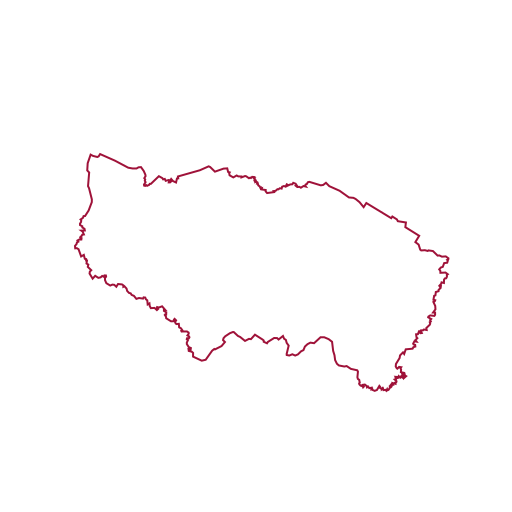 outline of Khlong Hoi Khong, Songkhla, Thailand, rotated 39°
{"feature_id": "78962969B91518300065155", "entity_name": "Khlong Hoi Khong", "entity_type": "district", "adm_level": 2, "iso_a3": "THA", "parent_name": "Thailand", "parent_adm1": "Songkhla", "projection": "orthographic", "projection_center": [100.352, 6.859], "detail": "fine", "context": "isolated", "style": "outline", "palette": "rose", "viewbox_px": 512, "rotation_deg": 39, "n_neighbors": 0, "source": "geoboundaries", "source_scale": "gbopen_adm2", "svg_char_len": 6142}
<svg xmlns="http://www.w3.org/2000/svg" viewBox="0 0 512 512"><g transform="rotate(39 256 256)"><path d="M70.7,274.9L71.0,277.6L70.4,278.9L66.3,280.8L63.7,281.3L66.8,289.8L71.0,295.7L73.8,296.1L81.5,307.4L83.6,308.4L92.8,315.3L94.5,317.5L97.3,326.0L98.0,332.5L96.9,333.5L97.5,335.3L96.7,338.0L97.6,338.1L98.6,339.6L98.9,341.7L99.8,342.7L102.3,342.2L103.1,343.1L105.6,342.8L106.9,343.9L104.3,346.2L105.9,346.1L108.7,347.6L107.6,348.8L107.9,350.6L107.5,351.4L107.8,352.4L108.6,352.7L109.3,352.1L109.9,353.1L108.1,354.7L107.5,356.3L108.9,356.7L108.3,358.2L109.0,359.5L109.0,362.1L110.7,363.8L111.8,362.7L113.8,362.4L120.4,366.4L121.5,363.5L124.7,365.9L125.9,365.3L126.8,366.4L127.5,365.9L129.0,368.5L131.1,368.2L132.1,370.3L136.9,370.7L136.7,372.7L137.7,374.4L143.3,376.4L143.5,372.6L147.2,372.2L148.7,370.4L149.0,368.3L150.5,368.0L150.4,366.5L151.6,365.6L152.5,366.4L152.5,368.2L153.9,369.8L156.8,371.3L161.3,370.7L162.4,368.6L164.0,367.6L166.8,367.8L166.4,364.6L169.8,362.4L171.4,362.3L172.3,363.4L172.8,362.3L175.9,362.8L177.8,364.2L180.6,364.6L182.1,363.9L183.8,364.5L186.2,363.8L190.0,364.6L191.5,362.3L195.0,360.2L194.7,358.9L196.1,358.0L197.6,358.9L199.4,358.9L202.3,361.8L203.0,359.9L204.8,361.7L207.1,362.7L209.8,360.2L213.0,360.4L213.2,359.0L211.8,359.0L211.3,357.9L212.9,357.2L214.7,354.2L219.2,355.0L218.2,355.6L219.0,356.6L221.7,356.2L223.0,358.0L222.2,358.5L222.2,359.2L224.2,359.8L225.4,360.9L231.1,360.2L233.5,358.1L232.3,357.2L232.3,356.1L234.4,356.3L234.7,358.3L236.1,359.0L237.1,358.9L238.7,357.3L241.2,359.8L243.2,359.4L245.3,360.0L245.0,361.2L245.7,361.5L249.8,358.1L251.8,357.9L252.6,358.7L252.7,360.9L254.7,360.6L255.5,361.2L255.6,362.3L254.2,363.2L254.5,364.2L256.1,364.3L256.7,366.8L257.7,368.0L261.1,369.1L263.3,368.5L264.0,369.7L262.1,370.8L263.5,372.1L266.3,370.8L268.1,370.9L270.4,373.8L279.7,371.5L282.2,368.3L281.5,357.2L282.1,354.5L282.9,354.4L285.9,347.7L286.0,342.4L283.3,342.1L282.5,340.3L282.6,337.8L284.3,332.4L285.9,329.6L286.6,329.1L292.3,329.5L294.6,328.9L300.9,328.9L302.7,324.8L304.4,323.8L304.7,317.8L313.6,316.8L315.1,316.8L316.0,317.8L319.5,316.9L319.3,315.3L321.7,308.3L324.1,306.5L326.1,306.7L327.3,301.2L329.9,302.6L332.0,302.4L334.5,304.2L337.8,305.1L341.5,312.9L342.2,313.6L344.5,312.4L346.1,309.5L349.1,308.7L350.5,306.1L351.0,301.7L352.1,299.3L351.0,295.6L351.5,292.1L352.8,289.1L356.0,287.2L357.3,278.5L360.2,276.2L364.8,274.9L369.1,274.8L375.7,281.2L379.4,283.7L383.0,287.1L386.7,288.8L389.3,288.9L394.2,286.3L395.7,284.5L400.8,284.0L406.6,281.1L408.0,281.7L411.1,286.4L412.5,287.4L414.1,287.3L416.3,289.1L416.3,290.1L417.1,290.7L418.9,290.9L421.1,290.1L421.9,290.6L422.0,289.6L420.1,288.9L421.5,287.4L423.5,287.4L424.9,288.2L425.1,286.9L427.2,287.4L428.7,285.6L429.5,286.9L429.9,286.1L430.6,286.8L433.1,286.1L434.3,284.0L433.6,279.3L434.6,279.5L434.7,280.5L436.7,280.4L437.1,279.4L437.7,280.3L438.0,279.0L439.5,280.0L440.9,278.5L442.0,278.7L441.7,277.0L442.7,277.6L443.2,276.7L443.0,274.1L442.4,273.5L443.4,273.1L443.5,272.1L443.1,271.4L441.9,271.9L441.9,270.1L443.1,270.4L443.7,269.7L442.2,268.7L444.7,267.6L443.8,266.9L444.5,266.0L444.0,264.9L441.6,264.7L442.3,263.8L441.1,262.8L442.1,262.7L442.8,261.7L441.2,261.6L442.8,260.5L442.5,259.5L444.6,259.7L444.5,258.2L446.1,258.4L445.8,256.7L446.9,256.6L447.8,257.7L448.3,254.9L446.2,255.2L445.9,254.2L445.0,254.0L444.3,256.0L443.1,255.1L443.5,254.2L441.7,255.1L440.1,252.8L438.8,252.3L438.8,251.1L437.0,252.1L436.8,254.6L436.1,254.7L434.1,253.9L432.7,251.8L431.8,244.9L430.5,242.6L430.9,238.4L432.8,238.9L431.1,234.3L436.0,229.5L435.7,227.8L436.8,226.1L435.6,224.9L434.2,225.6L433.3,225.2L432.8,222.6L434.7,221.5L432.8,221.0L433.1,218.3L431.8,218.1L429.7,216.1L431.0,214.8L430.2,212.3L432.4,212.5L433.3,211.5L431.6,210.7L430.7,211.3L430.9,210.1L432.6,208.6L432.7,207.5L435.2,206.1L433.7,204.8L434.3,200.0L433.9,198.9L432.7,198.1L433.1,196.9L431.7,196.3L431.8,194.7L428.4,195.3L428.1,194.6L428.8,192.5L432.3,190.3L432.2,189.0L430.8,187.3L429.2,188.5L429.0,184.5L426.7,182.0L422.8,180.1L423.4,178.7L423.1,177.6L421.4,178.3L419.5,174.8L420.2,173.7L418.4,170.8L420.0,168.5L419.2,167.3L419.6,164.7L418.7,163.2L418.0,164.1L417.2,163.8L417.4,161.1L416.8,159.7L419.0,158.7L417.0,156.0L416.9,154.6L417.8,153.6L417.4,151.9L416.2,150.6L416.5,149.5L413.7,149.6L409.9,153.0L408.5,151.5L406.8,151.1L406.9,148.6L408.0,146.9L406.7,143.1L408.8,140.9L408.0,138.9L407.0,138.7L407.5,137.5L407.0,136.7L403.7,136.9L400.9,139.5L398.1,140.2L396.9,141.4L390.4,140.8L386.5,143.1L386.3,144.0L383.6,145.2L380.9,147.7L379.6,147.7L375.2,144.8L371.1,144.9L370.1,137.6L353.9,139.6L351.4,135.6L344.3,139.7L342.5,138.9L337.1,139.5L337.3,141.5L308.4,145.4L308.9,150.3L302.6,149.0L297.5,149.0L295.1,149.5L291.4,152.0L279.9,152.7L269.0,155.6L264.3,155.1L263.5,158.5L261.9,160.3L250.8,164.8L249.9,166.0L250.2,168.2L249.6,169.1L249.8,170.4L251.0,170.7L248.9,171.7L247.9,174.7L246.3,174.9L244.7,176.4L242.8,176.4L243.3,175.5L241.3,174.9L238.9,175.7L239.1,177.4L237.6,178.8L236.1,181.9L235.5,180.8L234.8,180.9L235.3,183.5L233.7,184.0L232.7,185.7L233.5,187.5L231.9,188.3L231.4,190.2L230.6,190.6L230.2,193.1L228.8,194.5L229.8,195.0L225.0,200.1L222.8,199.7L222.0,198.6L218.5,200.7L218.0,199.7L217.5,200.6L216.7,199.8L216.5,200.3L215.1,199.6L213.3,199.7L212.3,198.8L211.3,199.2L210.9,197.9L209.6,198.0L209.0,198.9L208.5,197.9L208.0,198.6L207.3,198.4L207.2,197.3L206.1,197.1L206.0,196.2L205.1,196.6L204.9,195.8L203.2,196.9L203.0,198.6L202.2,198.7L201.6,200.0L198.3,200.2L197.2,200.7L195.2,204.1L194.6,203.4L192.1,205.3L190.3,205.6L188.9,209.2L184.7,209.9L183.0,208.5L182.9,207.6L181.4,208.2L178.5,206.0L175.8,208.5L171.0,216.3L164.4,215.7L162.8,216.1L158.4,224.7L145.3,243.3L146.7,244.6L145.8,245.5L147.6,249.2L144.4,250.0L141.6,249.5L141.8,250.9L143.1,251.5L142.9,252.9L141.9,253.7L141.2,252.1L140.4,251.8L138.5,254.4L136.6,253.5L135.6,254.9L134.3,254.4L130.3,255.1L128.9,266.1L128.0,266.8L128.2,267.9L127.2,270.0L126.0,270.0L125.8,271.2L124.8,271.7L124.0,271.0L123.7,268.1L122.2,267.5L121.7,266.2L120.2,265.8L119.9,263.4L118.8,262.4L115.3,260.6L110.7,259.3L108.9,261.0L108.1,263.1L104.9,265.7L101.1,267.8L86.3,270.7L70.7,274.9Z" fill="none" stroke="#9f1239" stroke-width="2"/></g></svg>